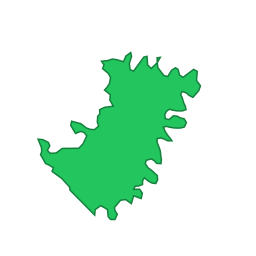 Entre Rios do Sul, Rio Grande do Sul, Brazil (Mercator projection), rotated 58°
{"feature_id": "56859067B29197155480819", "entity_name": "Entre Rios do Sul", "entity_type": "district", "adm_level": 2, "iso_a3": "BRA", "parent_name": "Brazil", "parent_adm1": "Rio Grande do Sul", "projection": "mercator", "projection_center": [-52.727, -27.512], "detail": "fine", "context": "isolated", "style": "filled", "palette": "green", "viewbox_px": 256, "rotation_deg": 58, "n_neighbors": 0, "source": "geoboundaries", "source_scale": "gbopen_adm2", "svg_char_len": 2011}
<svg xmlns="http://www.w3.org/2000/svg" viewBox="0 0 256 256"><g transform="rotate(58 128 128)"><path d="M130.6,44.2L124.0,44.7L116.7,39.3L113.1,41.2L114.2,54.5L110.4,56.2L104.8,54.5L102.1,55.8L102.1,60.4L105.4,67.0L102.6,69.8L92.6,70.7L88.1,68.6L89.8,76.7L85.0,78.0L77.3,73.9L76.3,77.1L82.7,93.1L79.6,95.3L74.0,92.7L69.1,87.0L65.4,85.7L65.9,91.7L69.4,96.7L64.0,101.4L61.2,104.8L60.1,109.5L57.3,115.1L61.7,114.9L64.2,118.1L71.1,115.8L75.9,116.0L80.5,120.2L82.2,123.8L83.4,127.8L90.4,125.4L94.7,128.6L101.7,128.9L98.0,137.1L97.4,142.4L101.1,144.3L102.0,147.5L106.9,151.0L110.8,151.8L111.6,157.4L109.0,160.9L105.9,163.3L99.5,165.6L92.4,172.2L95.5,175.2L104.8,175.4L105.8,170.0L108.5,167.6L112.8,167.1L117.6,174.5L119.1,180.5L110.5,194.5L111.1,202.2L108.3,207.3L104.3,208.3L101.6,203.7L98.0,203.2L92.7,206.4L89.8,210.2L98.9,211.8L102.5,213.9L104.3,216.3L114.5,216.7L117.3,214.8L122.2,212.3L124.6,215.4L135.8,210.9L147.0,208.8L150.0,210.1L184.2,202.4L179.8,199.1L179.4,192.3L186.2,188.6L192.8,191.8L196.3,191.3L198.7,187.6L195.5,182.8L190.9,182.8L188.2,181.5L185.3,172.6L187.4,168.0L193.9,165.2L188.5,159.2L194.8,154.2L190.9,150.4L186.0,150.6L183.1,155.7L181.1,152.7L182.8,149.8L183.6,145.6L180.5,143.6L178.9,140.5L183.8,138.9L187.3,136.9L189.8,133.9L187.8,130.5L183.9,128.4L179.7,129.5L176.3,130.5L172.4,132.1L167.4,132.2L165.0,129.7L166.6,124.6L169.5,123.1L173.2,122.4L175.7,118.9L172.3,116.3L169.2,115.1L166.6,113.7L163.3,112.4L159.2,111.6L155.6,110.9L152.4,109.0L153.9,105.3L157.0,102.9L160.0,101.0L162.1,97.5L159.2,97.7L155.5,98.2L150.6,98.3L145.9,97.5L147.1,94.4L149.3,92.4L152.2,89.1L154.6,85.6L156.1,82.9L157.0,79.6L154.3,75.6L149.9,75.5L147.3,78.2L144.2,79.9L141.7,83.0L142.6,88.7L140.0,91.4L136.1,89.7L134.3,86.5L134.0,82.9L136.4,80.8L139.2,77.7L142.3,72.9L143.2,69.1L139.7,67.8L136.7,67.5L133.8,66.8L130.9,65.9L127.5,65.6L125.7,62.8L129.2,59.9L132.6,59.0L136.4,56.7L134.9,51.6L133.8,48.2L130.6,44.2ZM88.1,68.6L85.2,63.2L83.9,66.1L88.1,68.6Z" fill="#22c55e" stroke="#15803d" stroke-width="1.5"/></g></svg>